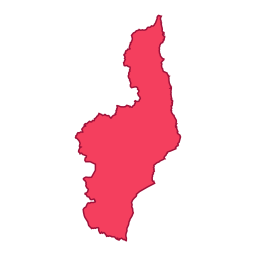 the district of Nkhata Bay, Nkhata Bay, Malawi
{"feature_id": "42251766B11922581525025", "entity_name": "Nkhata Bay", "entity_type": "district", "adm_level": 2, "iso_a3": "MWI", "parent_name": "Malawi", "parent_adm1": "Nkhata Bay", "projection": "orthographic", "projection_center": [34.057, -11.614], "detail": "fine", "context": "isolated", "style": "filled", "palette": "rose", "viewbox_px": 256, "rotation_deg": 0, "n_neighbors": 0, "source": "geoboundaries", "source_scale": "gbopen_adm2", "svg_char_len": 5833}
<svg xmlns="http://www.w3.org/2000/svg" viewBox="0 0 256 256"><path d="M91.6,228.5L92.0,228.1L93.4,228.4L94.3,228.0L95.4,228.3L96.5,227.7L98.3,227.7L98.7,228.2L98.7,230.4L99.7,232.6L100.2,233.3L100.8,233.3L101.7,232.2L102.7,233.2L103.5,232.6L104.0,232.6L105.1,233.6L105.6,234.7L106.3,235.1L106.6,236.3L106.8,236.4L107.6,235.9L108.5,236.3L109.4,235.9L111.1,236.3L112.0,236.9L112.7,236.7L114.5,236.9L115.0,237.3L115.5,238.1L116.2,238.7L117.1,238.2L117.8,238.3L117.9,238.6L117.4,239.4L118.6,239.9L119.3,239.9L119.8,238.7L120.5,238.8L121.4,238.2L122.3,238.6L123.3,239.6L124.4,239.4L125.4,240.4L126.3,240.6L126.4,238.0L126.0,237.0L125.8,235.1L126.1,233.3L127.0,230.8L126.8,229.6L127.0,228.1L128.5,224.9L129.0,221.8L129.8,220.2L130.0,219.2L131.8,216.3L132.6,214.5L132.5,214.2L133.3,212.9L132.8,211.3L132.6,208.6L131.7,206.8L132.1,204.8L131.5,202.5L132.6,200.0L134.3,198.0L136.1,196.4L136.6,195.0L136.4,194.2L139.6,191.5L147.6,186.9L154.6,183.3L154.1,182.2L153.8,182.0L153.8,181.3L153.3,181.3L152.9,180.7L153.0,181.1L152.7,181.1L152.3,180.5L152.1,177.6L152.6,176.0L152.5,175.8L152.4,174.9L153.4,173.8L153.2,172.5L154.3,171.2L154.0,170.5L154.1,169.8L153.7,169.5L154.0,168.5L153.5,167.7L154.1,166.6L153.8,165.3L156.8,162.8L159.0,161.9L159.6,161.5L159.9,161.0L163.6,159.3L164.2,158.7L164.8,158.7L164.1,157.7L164.2,157.1L164.9,156.1L165.9,155.3L166.5,153.8L167.3,153.1L167.2,152.4L168.6,151.6L170.2,151.1L175.9,148.7L175.8,148.0L175.6,148.1L175.5,147.9L175.6,147.3L176.1,147.0L176.6,146.2L177.8,145.8L178.3,145.0L177.7,143.7L179.1,142.2L180.5,137.0L180.3,136.9L180.0,135.3L177.6,133.4L177.3,132.2L177.7,132.1L177.9,131.8L176.6,128.4L176.7,127.2L175.8,127.2L175.7,126.6L176.3,126.2L176.2,126.0L175.6,126.2L175.6,125.6L176.4,124.2L176.1,124.3L176.0,123.5L176.4,121.2L176.2,120.1L174.1,116.4L174.0,115.4L173.3,115.1L172.1,113.4L171.3,111.9L171.6,110.8L170.9,110.2L171.7,108.2L171.4,107.9L171.5,107.1L171.1,106.1L171.4,105.7L171.8,105.8L172.1,105.5L172.4,103.3L171.9,103.0L171.9,102.4L172.4,102.3L172.6,101.7L172.5,100.5L171.6,100.2L171.6,99.6L171.1,99.0L171.2,98.6L171.7,98.5L171.1,96.1L171.1,94.8L170.7,94.4L171.1,92.9L170.9,91.3L171.3,88.4L170.4,88.3L171.2,87.5L171.3,87.0L170.6,86.7L170.7,85.9L170.3,85.5L169.3,83.0L168.9,80.3L168.9,78.0L168.5,76.9L169.1,76.3L168.5,76.2L168.4,75.4L168.0,75.3L167.3,74.0L167.0,73.0L163.3,71.4L162.6,69.3L162.6,68.7L162.1,68.2L161.7,67.2L161.5,65.5L161.9,64.0L161.2,62.9L161.3,62.6L161.8,61.7L163.8,59.7L163.9,59.0L162.9,58.7L162.2,58.2L160.5,56.1L159.9,53.7L159.5,53.1L159.4,51.5L159.2,50.8L159.5,49.1L159.2,47.9L159.8,46.3L159.8,45.3L160.9,43.3L162.7,42.5L162.6,41.8L163.8,40.4L163.5,39.6L164.2,39.2L164.2,38.3L164.7,37.0L164.6,36.3L163.8,36.1L162.6,34.7L162.7,34.4L163.2,34.0L164.0,34.0L163.8,33.4L163.9,32.7L163.1,32.8L163.2,32.2L162.7,31.9L162.1,31.0L162.3,29.6L162.1,27.9L161.6,26.2L161.4,24.7L161.2,24.5L161.2,23.5L161.5,23.0L161.0,22.5L161.1,21.3L160.4,19.1L160.6,17.6L161.3,16.2L160.2,16.0L158.7,15.4L157.9,15.9L157.1,17.2L157.2,18.5L155.3,23.4L154.5,24.2L154.2,25.1L153.4,25.9L152.5,26.1L151.4,25.9L151.1,26.5L150.0,27.3L148.0,27.3L147.3,27.8L146.4,29.4L144.8,30.1L143.0,30.1L142.4,29.8L141.5,30.1L140.2,30.2L139.1,29.5L138.7,30.1L136.2,30.9L135.1,32.2L133.4,33.0L131.5,35.4L131.9,36.2L131.9,37.0L132.3,37.6L132.3,39.2L132.0,40.5L131.4,41.5L131.3,42.5L130.4,42.8L130.3,43.3L130.5,44.3L129.8,45.0L129.3,47.4L130.0,48.8L129.4,49.1L127.7,49.2L127.4,50.1L126.1,50.6L125.8,51.0L125.8,51.5L125.2,52.3L125.6,53.3L124.2,54.3L123.9,54.9L124.1,55.4L124.5,55.5L124.8,56.7L125.2,57.2L124.5,58.4L125.3,59.5L124.6,60.7L124.3,62.0L123.6,62.6L124.1,65.3L124.3,65.6L124.9,65.8L127.0,65.5L128.0,66.4L130.1,67.2L130.1,69.1L129.5,70.0L130.0,71.0L129.3,71.8L128.7,73.1L128.9,74.6L128.3,75.7L128.3,76.5L128.7,77.9L129.8,79.1L129.5,80.0L130.2,81.4L130.8,83.2L130.7,84.1L130.3,84.9L130.5,86.6L131.5,87.7L134.3,87.0L136.1,86.8L137.4,87.6L137.7,88.1L137.6,89.3L138.5,90.0L138.9,90.9L138.8,91.8L137.7,93.2L137.6,93.6L138.3,94.6L138.4,95.5L139.5,96.5L140.3,98.1L140.3,98.8L139.5,99.3L139.2,100.7L138.6,101.3L136.7,101.5L135.3,100.7L135.0,100.9L134.9,101.1L135.4,101.1L135.5,101.5L135.1,102.0L135.3,102.5L135.2,103.3L134.5,104.2L134.4,105.1L132.9,105.9L132.1,107.2L131.1,107.2L130.2,106.4L129.6,106.8L129.1,106.0L126.8,105.3L125.4,106.6L123.8,106.9L120.8,106.8L117.8,105.7L117.0,105.7L117.3,108.0L116.7,108.8L116.8,110.0L116.1,110.4L116.2,112.5L115.2,113.6L115.6,114.5L113.1,115.6L112.0,116.7L111.5,117.7L110.9,118.1L109.8,117.1L109.4,116.3L108.6,115.6L107.4,115.7L106.0,115.4L105.4,114.6L104.7,114.5L104.3,115.0L102.6,115.5L102.1,115.1L101.7,114.5L100.9,114.4L99.5,113.6L98.9,113.5L98.6,114.8L98.1,115.1L97.7,116.0L96.9,116.3L96.3,117.5L94.4,118.9L94.6,119.6L94.2,120.6L92.5,120.5L91.7,121.8L90.6,121.9L89.9,121.4L89.4,121.3L86.8,123.7L85.5,123.6L84.9,124.0L84.2,125.0L85.3,125.4L85.6,126.0L83.6,126.9L81.8,129.2L82.6,131.1L82.7,132.1L80.6,132.0L79.5,132.8L78.0,132.7L77.2,133.7L76.9,134.9L75.9,135.8L75.9,136.6L75.5,137.3L75.7,138.0L76.7,138.2L77.8,139.3L79.2,141.0L80.1,143.3L79.4,146.1L79.6,146.8L80.9,146.9L81.1,147.0L79.9,147.8L78.7,150.4L78.6,151.8L79.8,152.8L80.0,153.8L81.7,153.2L82.8,154.5L84.6,155.1L86.4,155.9L86.2,157.5L85.2,158.0L84.9,159.7L84.9,160.4L85.7,161.7L90.2,161.7L95.4,164.2L95.4,170.3L91.6,177.1L91.1,177.3L88.2,177.4L85.9,177.1L84.3,177.9L83.4,178.7L83.4,179.1L84.1,180.1L85.2,180.7L85.4,181.6L86.2,182.4L85.9,183.6L86.3,184.3L85.9,185.1L85.9,186.0L86.9,187.9L88.0,188.9L88.3,189.5L87.6,191.7L86.5,192.9L85.1,193.3L85.0,194.0L86.2,194.6L87.2,196.5L89.1,197.1L89.3,197.7L90.0,198.5L90.4,199.5L91.9,199.7L93.4,199.1L94.1,199.1L94.6,199.6L94.6,200.5L95.2,200.9L95.4,201.2L95.2,201.9L93.4,202.5L90.9,202.4L89.8,203.1L88.6,202.9L87.9,203.1L87.2,204.0L85.9,207.0L84.4,207.8L83.2,209.4L83.5,212.1L84.3,215.8L85.0,217.5L87.8,221.9L88.7,225.5L91.6,228.5Z" fill="#f43f5e" stroke="#9f1239" stroke-width="1.5"/></svg>